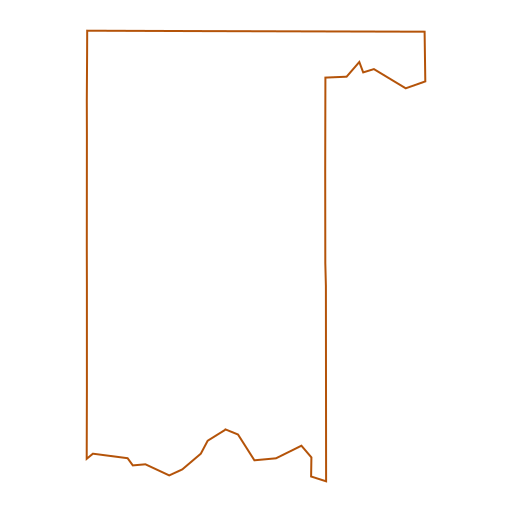 Pottawatomie, Oklahoma, United States of America (Mercator projection)
{"feature_id": "52423323B34642745342205", "entity_name": "Pottawatomie", "entity_type": "district", "adm_level": 2, "iso_a3": "USA", "parent_name": "United States of America", "parent_adm1": "Oklahoma", "projection": "mercator", "projection_center": [-96.916, 35.182], "detail": "fine", "context": "isolated", "style": "outline", "palette": "amber", "viewbox_px": 512, "rotation_deg": 0, "n_neighbors": 0, "source": "geoboundaries", "source_scale": "gbopen_adm2", "svg_char_len": 573}
<svg xmlns="http://www.w3.org/2000/svg" viewBox="0 0 512 512"><path d="M424.6,31.7L202.4,31.1L87.2,30.7L87.1,54.0L86.8,100.5L86.9,135.5L86.8,248.3L86.9,285.7L86.9,320.5L86.9,389.8L86.7,458.8L92.9,453.7L127.6,458.2L132.8,465.4L145.4,464.3L169.2,475.4L182.3,469.4L200.8,453.7L207.7,440.7L224.9,430.0L225.4,429.4L238.0,434.5L254.4,460.3L276.0,458.3L301.4,445.7L311.4,457.4L311.1,476.5L326.1,481.3L325.9,286.2L325.3,263.1L325.2,170.0L325.4,77.6L346.6,76.7L359.3,62.0L363.2,72.4L373.9,69.1L405.7,88.3L425.3,81.4L424.6,31.7Z" fill="none" stroke="#b45309" stroke-width="2"/></svg>